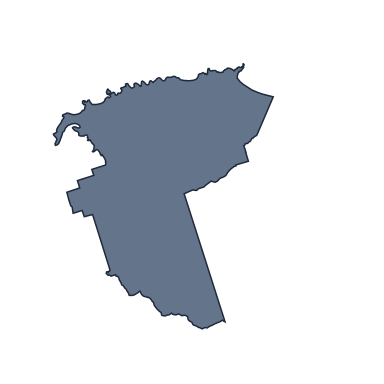 Kiama, New South Wales, Australia, rotated 243°
{"feature_id": "25037944B41308394801248", "entity_name": "Kiama", "entity_type": "district", "adm_level": 2, "iso_a3": "AUS", "parent_name": "Australia", "parent_adm1": "New South Wales", "projection": "orthographic", "projection_center": [150.782, -34.696], "detail": "fine", "context": "isolated", "style": "filled", "palette": "slate", "viewbox_px": 384, "rotation_deg": 243, "n_neighbors": 0, "source": "geoboundaries", "source_scale": "gbopen_adm2", "svg_char_len": 6035}
<svg xmlns="http://www.w3.org/2000/svg" viewBox="0 0 384 384"><g transform="rotate(243 192 192)"><path d="M65.3,139.9L65.5,140.7L65.4,141.9L64.0,143.8L64.4,146.9L64.1,148.9L64.2,152.1L63.8,157.1L63.7,158.9L64.0,160.7L63.6,161.2L62.4,161.7L61.3,162.5L194.0,184.2L193.5,193.6L191.6,196.2L191.3,197.1L192.0,199.1L191.1,204.9L191.8,207.0L192.6,211.9L193.1,213.7L192.9,214.2L192.3,214.6L190.5,216.6L190.2,217.3L190.1,219.4L191.5,223.3L191.1,226.8L191.2,228.8L191.5,230.0L192.9,232.1L194.2,235.1L195.1,237.8L195.3,239.9L195.7,240.8L195.3,243.0L196.2,243.2L193.8,256.2L203.0,257.9L202.9,258.1L206.1,258.7L209.8,259.1L209.7,259.5L209.9,260.5L210.7,261.2L210.7,262.2L210.2,262.9L210.1,263.7L210.6,265.1L210.7,266.4L210.9,267.1L211.3,268.0L212.4,269.3L212.5,270.2L212.3,270.8L213.0,272.9L213.0,274.7L213.3,275.7L239.9,307.6L247.2,299.3L250.5,296.1L255.7,291.7L264.5,286.6L268.2,285.0L272.7,284.0L273.7,284.4L275.5,285.5L275.8,286.1L276.4,286.3L277.2,287.4L277.3,287.9L277.7,288.2L277.6,288.5L277.9,288.7L277.7,289.0L277.9,289.9L277.7,290.5L277.9,290.9L277.8,291.1L278.4,291.7L278.3,291.9L278.6,292.2L279.0,293.6L279.8,294.3L279.8,294.6L280.1,294.5L281.1,295.4L281.7,296.2L282.9,296.0L283.0,295.7L281.8,295.0L280.9,294.1L280.9,293.3L281.0,292.8L280.7,292.1L281.1,291.3L281.8,290.9L281.8,290.5L282.1,290.4L282.1,289.7L282.1,289.0L281.5,288.6L281.8,288.0L281.5,287.5L281.3,286.1L281.6,286.0L281.2,285.1L280.7,284.9L280.9,284.5L281.4,284.6L281.9,284.0L283.4,283.2L285.1,281.7L286.2,280.1L285.8,277.3L286.0,276.7L285.8,276.5L285.6,275.2L285.2,274.4L284.7,273.9L285.7,271.2L286.5,270.2L286.8,270.2L287.2,269.6L287.1,269.4L287.5,269.3L288.0,268.4L288.8,268.5L289.5,268.1L290.2,267.0L290.5,265.8L290.9,265.5L291.1,263.9L291.8,263.2L292.7,262.9L293.5,263.3L294.2,263.3L294.6,262.6L294.4,262.1L291.5,260.0L290.5,259.9L289.9,258.5L290.6,258.0L291.1,258.1L291.4,257.9L291.5,257.6L291.0,257.3L291.1,257.0L292.1,256.8L293.4,256.0L293.4,253.5L293.8,252.5L293.5,250.9L292.1,250.1L290.6,247.4L290.6,246.1L291.0,243.6L292.9,238.8L293.9,237.6L294.7,235.9L296.9,233.1L297.3,232.7L299.2,232.2L299.9,231.7L300.8,230.3L302.8,229.2L303.5,227.8L303.7,225.2L304.3,224.6L304.5,223.8L305.5,222.1L305.1,220.4L303.8,218.5L303.7,217.6L304.4,216.7L305.0,216.2L307.8,215.4L308.8,214.4L308.9,213.8L308.9,212.3L308.2,210.7L307.7,208.2L307.2,207.4L307.3,207.0L309.7,205.9L310.0,205.2L309.3,203.9L307.8,202.7L307.4,201.6L307.9,200.7L308.7,200.0L311.1,199.4L313.0,198.5L313.4,198.0L313.2,197.2L309.5,194.7L309.4,194.3L309.7,193.9L311.1,193.5L312.8,192.7L314.5,191.5L314.8,190.0L314.5,189.4L313.8,188.9L312.5,188.8L312.0,188.5L311.8,187.3L311.8,185.6L312.2,185.2L315.0,184.1L317.6,183.9L318.0,183.6L318.2,183.1L318.3,181.7L317.8,181.5L316.7,181.4L316.1,181.0L316.7,179.5L316.2,178.3L316.9,177.0L316.8,175.7L316.3,175.4L315.5,175.8L314.6,175.8L313.7,175.2L313.3,174.6L312.7,173.5L312.6,172.5L313.7,171.2L313.4,170.4L312.5,169.9L312.5,169.1L312.9,168.1L313.2,167.9L315.1,168.1L316.1,167.7L316.6,167.0L316.4,165.2L316.1,164.6L316.2,164.3L318.5,165.0L320.4,164.1L321.6,164.0L321.9,163.7L321.9,163.4L321.5,162.8L320.9,162.6L320.6,161.9L319.8,161.1L317.7,160.8L316.7,161.7L316.7,161.9L317.6,161.9L317.0,162.9L316.4,162.8L316.3,162.1L315.4,163.0L314.1,162.9L313.5,161.2L313.8,160.8L314.6,160.5L314.9,160.1L314.8,158.8L314.2,156.7L312.9,155.6L312.3,154.0L312.1,152.8L312.3,150.3L313.4,146.5L315.2,142.9L315.6,142.6L317.0,142.5L317.7,142.0L320.4,142.2L320.7,142.0L320.9,140.8L320.8,140.4L319.9,139.6L319.9,139.1L320.4,138.5L322.0,137.9L322.1,137.7L321.4,137.2L322.4,137.1L322.7,136.2L322.3,135.5L321.4,135.2L320.9,134.8L318.8,135.3L318.3,136.5L317.1,136.2L315.9,134.8L314.7,134.0L314.0,132.8L313.9,132.4L314.4,131.3L313.6,130.0L313.1,128.1L313.1,127.0L313.5,124.5L314.5,121.7L316.8,119.0L317.9,118.2L319.2,116.3L319.1,114.1L319.4,112.3L319.3,111.8L318.2,111.0L317.5,111.8L316.9,111.9L316.1,111.3L315.5,109.9L314.7,108.6L313.4,107.1L310.9,102.4L309.5,100.3L308.1,99.2L307.1,99.0L306.4,97.1L306.7,95.7L306.5,94.8L305.3,94.6L301.6,95.7L300.2,95.5L299.8,95.3L299.3,94.3L298.4,93.5L297.4,92.0L296.1,91.5L295.5,91.5L295.2,93.2L295.6,95.1L297.2,97.1L302.0,102.3L303.9,103.9L304.2,105.7L306.4,108.3L307.2,110.5L307.5,111.5L307.3,115.2L306.4,118.5L305.5,119.7L303.9,121.2L302.5,121.7L301.1,122.0L300.7,121.9L300.4,121.2L300.3,120.3L301.5,118.8L303.3,117.3L303.7,115.9L303.7,115.0L303.5,114.7L302.7,114.7L300.1,115.4L299.5,115.8L298.1,117.3L297.0,117.8L296.0,117.8L294.2,117.1L293.7,117.0L293.2,117.4L292.3,118.3L290.8,121.4L291.1,122.1L291.2,122.7L290.5,124.2L290.2,124.3L289.3,124.4L288.0,123.5L287.7,123.8L286.8,123.5L286.0,123.6L285.6,123.2L285.7,122.5L285.4,122.4L284.6,123.5L284.8,124.3L284.6,124.8L280.2,125.2L279.7,125.7L277.6,125.9L274.4,123.8L273.2,121.7L272.6,122.1L272.5,123.3L273.1,125.8L273.0,126.5L271.8,127.3L269.2,127.8L267.5,127.5L265.7,127.7L266.1,128.8L261.7,129.4L258.4,129.1L258.4,128.8L258.1,128.6L256.6,128.2L255.3,127.1L257.6,113.0L251.4,112.0L254.2,95.1L246.6,93.8L248.6,80.4L240.6,78.6L235.2,77.8L234.6,77.7L233.0,78.4L227.0,76.4L225.4,85.7L218.9,84.8L217.0,93.2L160.2,83.6L159.0,83.0L158.8,81.7L159.1,81.5L158.6,81.0L159.0,80.9L159.6,79.7L158.3,78.6L157.4,79.0L156.8,79.0L155.9,79.6L155.9,80.1L155.6,80.6L154.8,81.3L153.8,81.6L153.0,86.4L151.7,86.1L150.3,87.6L148.8,87.8L146.3,87.3L145.6,87.5L144.3,87.4L143.5,87.6L141.3,87.2L139.4,88.4L137.3,88.4L134.8,89.3L133.4,89.1L130.5,89.5L128.5,89.1L128.1,89.4L127.7,90.7L126.9,91.8L126.5,94.2L126.8,97.3L126.7,97.9L127.2,99.3L127.3,100.6L123.8,100.6L122.6,100.9L121.3,101.5L120.4,102.2L119.9,103.1L118.2,104.6L118.0,105.3L116.0,106.5L112.5,107.0L111.1,107.5L107.8,106.9L103.0,107.9L100.7,108.7L98.9,109.6L98.3,109.7L96.1,109.1L95.5,109.4L93.9,111.5L93.6,112.6L93.6,114.2L92.9,115.9L93.4,118.4L93.2,118.9L91.9,119.2L90.1,121.4L89.8,122.0L89.5,124.2L89.2,125.0L86.4,126.8L86.2,127.1L85.9,128.8L85.0,130.1L83.9,131.0L83.0,131.3L82.2,131.3L80.3,130.7L79.5,130.7L77.7,131.5L76.2,132.7L73.7,132.7L72.8,132.9L70.7,135.0L68.1,136.5L67.6,137.4L66.0,138.4L65.4,139.1L65.3,139.9Z" fill="#64748b" stroke="#1e293b" stroke-width="1.5"/></g></svg>